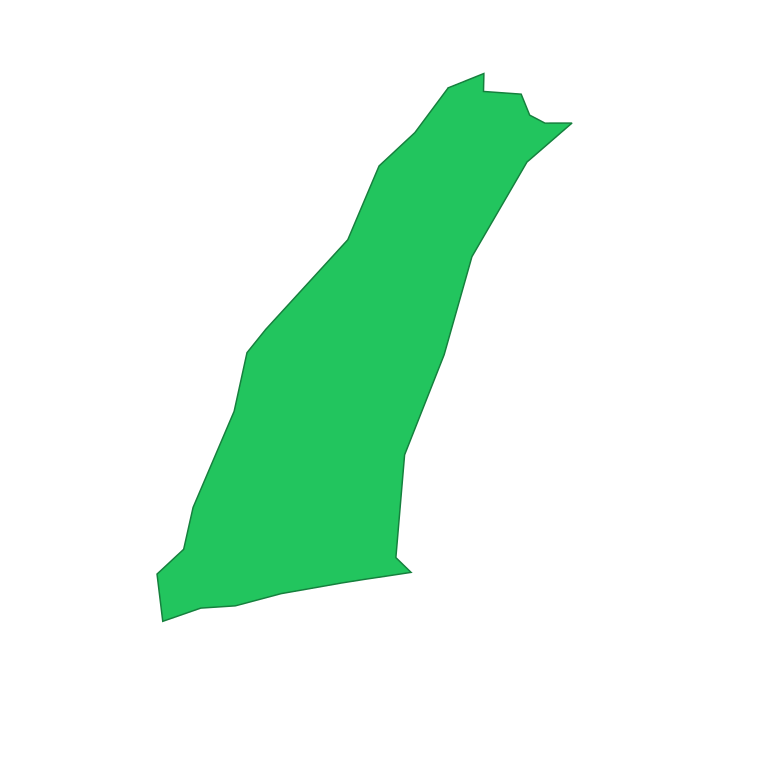 the district of Argalant, Töv, Mongolia, rotated 305°
{"feature_id": "93677404B1457855182850", "entity_name": "Argalant", "entity_type": "district", "adm_level": 2, "iso_a3": "MNG", "parent_name": "Mongolia", "parent_adm1": "Töv", "projection": "natural_earth1", "projection_center": [106.17, 47.852], "detail": "fine", "context": "isolated", "style": "filled", "palette": "green", "viewbox_px": 768, "rotation_deg": 305, "n_neighbors": 0, "source": "geoboundaries", "source_scale": "gbopen_adm2", "svg_char_len": 612}
<svg xmlns="http://www.w3.org/2000/svg" viewBox="0 0 768 768"><g transform="rotate(305 384 384)"><path d="M705.2,388.2L705.3,388.0L705.0,387.5L690.0,366.2L687.8,349.1L700.1,330.1L680.7,297.7L693.9,288.9L694.6,288.4L695.6,287.7L663.6,266.8L663.3,266.6L662.7,266.7L607.6,265.1L559.8,254.9L481.4,271.6L361.0,255.8L331.1,253.8L275.7,276.9L173.4,298.4L133.7,314.7L98.1,307.1L62.7,338.9L95.3,362.4L116.8,389.2L117.3,389.7L153.2,419.9L196.3,463.0L213.0,480.3L229.0,497.2L245.2,514.2L248.6,493.3L337.8,441.5L442.4,416.5L538.7,383.0L647.8,373.8L705.2,388.2Z" fill="#22c55e" stroke="#15803d" stroke-width="1.5"/></g></svg>